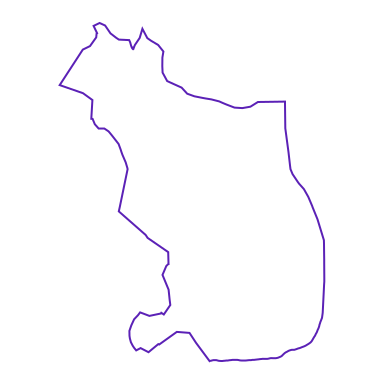 Kharif, Amran, Yemen (Natural Earth projection)
{"feature_id": "15242507B34039766657612", "entity_name": "Kharif", "entity_type": "district", "adm_level": 2, "iso_a3": "YEM", "parent_name": "Yemen", "parent_adm1": "Amran", "projection": "natural_earth1", "projection_center": [44.1, 15.855], "detail": "fine", "context": "isolated", "style": "outline", "palette": "violet", "viewbox_px": 384, "rotation_deg": 0, "n_neighbors": 0, "source": "geoboundaries", "source_scale": "gbopen_adm2", "svg_char_len": 2827}
<svg xmlns="http://www.w3.org/2000/svg" viewBox="0 0 384 384"><path d="M284.9,101.6L257.9,102.0L250.4,106.7L242.4,108.1L234.5,107.6L226.4,104.5L222.8,103.0L219.2,101.4L211.4,99.4L205.8,98.5L202.5,97.9L194.4,96.3L187.2,93.7L181.6,87.6L174.7,84.5L167.2,81.1L162.8,73.0L162.6,72.7L162.3,66.2L162.4,57.6L163.4,51.5L158.2,45.0L151.0,40.7L147.3,38.1L142.4,28.8L139.7,37.9L134.9,45.0L134.1,46.9L134.1,47.1L133.9,47.4L133.4,49.0L133.1,49.2L132.7,48.9L132.5,48.6L132.3,48.3L132.9,48.1L132.7,47.5L131.8,47.5L131.1,45.7L130.2,42.4L129.2,40.1L118.9,39.6L116.2,37.8L110.5,33.4L105.1,25.5L99.6,23.0L93.6,25.9L97.1,33.2L96.6,33.5L96.2,37.4L90.0,46.1L82.8,49.6L59.7,85.1L83.0,93.2L92.4,100.0L91.3,118.8L92.6,118.9L94.8,124.2L98.6,128.5L104.3,128.5L108.6,131.4L111.5,134.9L112.6,136.3L118.6,144.0L120.6,149.4L121.3,151.6L122.4,154.7L125.7,162.4L127.4,168.1L127.6,169.2L119.8,206.9L118.8,211.4L145.7,235.0L147.6,237.9L168.2,252.1L168.5,263.8L168.5,264.0L168.3,264.0L166.3,266.0L162.5,274.9L168.6,289.7L169.6,299.4L170.3,305.0L163.8,314.5L161.3,312.8L160.9,313.5L149.4,315.9L143.6,313.7L140.1,312.4L138.0,315.2L134.1,319.3L131.3,325.4L129.4,330.9L129.5,335.9L129.9,338.5L130.9,342.2L132.7,345.7L134.1,347.8L136.2,350.4L140.6,348.1L148.5,352.2L158.3,344.1L159.2,344.5L176.8,331.9L189.5,332.9L196.0,342.8L209.5,361.0L209.6,360.9L210.8,360.8L212.2,360.4L213.6,360.1L214.9,360.1L216.1,360.1L217.3,360.4L218.7,360.8L219.8,360.9L221.1,361.0L222.3,361.0L223.8,360.8L225.1,360.7L226.6,360.5L227.9,360.5L229.6,360.2L231.0,360.1L232.3,359.9L233.7,359.9L234.9,359.9L236.2,359.9L237.5,359.9L238.8,360.1L239.5,360.3L240.0,360.4L241.3,360.5L242.6,360.5L244.2,360.5L245.7,360.5L246.9,360.4L248.5,360.2L249.8,360.1L251.2,360.1L252.3,359.9L253.8,359.9L255.3,359.7L257.0,359.5L258.8,359.3L260.0,359.1L261.5,359.0L262.9,358.8L264.1,358.9L265.3,358.9L266.6,358.9L267.8,358.8L269.1,358.5L270.3,358.2L271.6,358.1L272.8,358.2L274.2,358.2L275.7,358.2L276.9,358.0L278.1,357.7L279.3,357.2L280.5,356.7L281.6,356.1L282.5,355.2L283.6,354.1L284.7,353.1L285.7,352.4L286.9,351.8L288.1,351.1L289.1,350.6L290.6,350.1L291.8,349.8L293.0,349.8L294.3,349.8L295.9,349.3L297.0,348.9L298.3,348.4L299.6,348.1L300.9,347.6L302.1,347.1L303.5,346.6L304.7,346.1L305.9,345.5L307.0,344.8L308.2,344.1L309.4,343.3L310.6,342.4L311.6,341.3L312.4,340.0L313.2,338.6L314.0,337.2L315.1,335.6L315.7,334.2L316.4,333.0L317.0,331.8L317.6,330.1L318.2,328.9L318.7,327.7L319.2,326.2L319.5,324.7L320.0,323.3L320.4,321.9L321.0,320.5L321.6,318.9L322.0,317.9L322.7,312.9L323.7,292.8L324.1,284.5L324.3,281.7L324.3,277.7L324.2,263.2L324.2,259.4L324.1,252.6L324.0,243.5L323.9,240.2L317.5,219.3L312.5,207.0L312.3,206.3L308.3,196.9L303.9,189.1L299.0,183.6L297.7,181.8L292.6,174.2L290.5,169.2L290.1,166.2L288.5,152.2L285.3,128.3L285.0,104.1L285.0,101.6L284.9,101.6Z" fill="none" stroke="#5b21b6" stroke-width="2"/></svg>